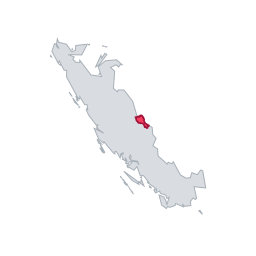 location of Tuva within Russia, rotated 234°
{"feature_id": "RUS-2605", "entity_name": "Tuva", "entity_type": "Republic", "adm_level": 1, "iso_a3": "RUS", "parent_name": "Russia", "parent_adm1": "", "projection": "robinson", "projection_center": [94.276, 51.727], "detail": "fine", "context": "in_parent", "style": "filled", "palette": "rose", "viewbox_px": 256, "rotation_deg": 234, "n_neighbors": 0, "source": "natural_earth", "source_scale": "10m", "svg_char_len": 6235}
<svg xmlns="http://www.w3.org/2000/svg" viewBox="0 0 256 256"><g transform="rotate(234 128 128)"><path d="M189.9,158.8L182.7,160.4L183.8,159.1L182.9,156.2L186.1,155.6L187.3,149.5L181.8,150.6L168.5,139.4L163.5,140.8L164.6,142.4L161.0,147.1L146.9,147.5L131.8,142.1L129.5,146.6L121.9,144.5L114.3,147.9L108.2,144.2L103.1,144.7L99.0,137.7L93.7,139.6L87.7,135.9L75.8,138.5L76.7,140.4L73.2,142.5L74.1,144.8L59.2,142.8L53.3,145.5L51.2,149.2L54.3,153.4L49.5,156.7L51.3,162.1L49.4,163.3L33.8,155.6L41.7,147.0L30.7,142.1L30.6,140.4L33.1,139.6L32.0,135.5L28.3,133.2L31.4,127.7L34.5,127.4L31.7,126.4L39.0,122.1L37.6,120.6L39.3,115.1L41.2,113.8L40.3,111.7L45.9,109.9L55.5,113.7L51.2,116.5L46.1,115.7L44.5,114.8L43.2,114.6L47.8,120.5L48.1,118.1L51.5,119.1L56.2,115.7L58.4,116.6L59.3,112.1L62.5,112.4L63.1,113.5L60.4,114.2L62.1,115.3L73.0,111.5L71.8,112.8L80.2,112.6L82.5,110.0L91.6,112.6L90.3,108.0L97.0,105.1L98.6,105.4L97.0,107.4L98.2,112.4L94.9,115.5L91.6,115.3L95.5,116.2L100.2,111.7L102.0,111.5L102.6,113.6L104.8,113.9L103.5,111.7L98.6,111.2L99.8,108.9L98.5,107.5L101.0,105.3L101.7,107.7L104.8,108.3L105.7,108.3L102.3,106.7L105.4,105.9L111.0,107.0L109.6,108.8L110.7,109.6L111.5,107.1L108.3,104.0L115.6,104.8L116.7,103.6L114.7,102.3L116.2,101.5L131.0,100.5L130.1,99.5L135.9,97.7L147.7,100.4L138.1,105.3L144.0,103.3L147.4,103.5L147.8,105.2L148.1,105.5L148.6,105.5L148.7,104.0L161.3,103.7L167.2,104.8L168.0,106.4L165.9,105.9L170.9,108.6L172.3,106.7L181.6,107.4L180.0,106.0L181.6,105.1L205.5,108.3L210.6,112.3L212.4,110.3L222.7,111.8L221.2,109.6L234.7,111.5L239.5,118.2L238.1,119.1L235.4,118.2L232.7,118.9L238.0,119.5L241.6,123.2L238.2,122.3L232.0,127.4L222.6,127.3L221.8,130.9L225.4,134.3L219.7,144.3L214.3,133.5L222.5,122.8L217.0,126.2L216.1,123.9L211.8,124.3L209.4,127.6L211.2,128.8L192.7,129.2L185.2,136.9L195.1,139.9L195.7,149.2L189.9,158.8ZM95.5,99.2L79.1,104.5L75.9,103.7L83.4,100.5L95.5,99.2ZM196.5,137.8L202.7,148.8L199.9,147.7L202.0,153.2L199.9,154.1L196.1,141.8L196.5,137.8ZM71.8,106.9L78.8,104.6L76.6,106.7L78.8,108.6L71.8,106.9ZM175.2,101.2L179.9,100.0L184.9,100.9L175.2,101.2ZM125.6,94.2L131.1,95.9L123.5,95.1L125.6,94.2ZM123.8,93.1L128.7,93.5L121.8,93.9L123.8,93.1ZM132.9,95.3L137.2,96.4L130.5,97.2L132.9,95.3ZM186.2,101.4L188.7,101.1L191.8,101.5L186.2,101.4ZM14.4,137.6L19.3,136.5L19.0,137.8L14.4,137.6ZM75.7,93.7L78.7,93.5L72.9,94.0L75.7,93.7ZM181.2,103.6L184.6,104.6L179.9,104.3L181.2,103.6ZM68.5,111.2L66.5,111.9L65.9,111.4L67.1,110.6L68.5,111.2ZM81.3,93.4L84.1,93.2L85.3,93.4L81.3,93.4ZM90.1,93.4L88.7,93.9L86.8,93.7L87.5,93.4L90.1,93.4ZM92.6,93.5L90.5,93.4L93.7,93.3L92.6,93.5ZM80.5,109.0L80.9,110.3L79.6,109.4L80.5,109.0ZM124.3,94.5L122.5,94.8L121.3,94.4L124.3,94.5ZM83.2,92.8L86.6,92.7L85.2,93.0L83.2,92.8ZM232.1,108.2L230.3,108.0L231.3,107.3L232.1,108.2ZM73.4,93.5L75.4,93.6L71.3,93.6L73.4,93.5ZM97.3,104.7L95.2,104.8L97.3,104.6L97.3,104.7ZM146.1,102.5L147.1,103.2L145.4,102.8L146.1,102.5ZM220.2,110.0L219.0,110.4L218.1,110.1L220.2,110.0ZM85.7,94.0L84.3,93.8L86.7,93.9L85.7,94.0ZM85.8,93.0L86.6,93.4L84.9,93.2L85.8,93.0ZM209.4,155.1L209.2,155.9L208.2,157.1L209.4,155.1ZM83.1,94.0L84.0,94.3L82.7,94.2L83.1,94.0ZM105.3,105.8L103.7,106.1L103.4,106.1L105.3,105.8ZM224.9,129.4L223.5,129.1L224.5,128.8L224.9,129.4ZM180.8,102.9L180.4,103.5L179.8,103.0L180.8,102.9ZM188.5,136.2L188.9,137.2L188.2,137.0L188.5,136.2ZM218.9,144.7L218.3,146.1L217.8,145.6L218.9,144.7ZM80.7,94.0L79.3,94.1L78.9,94.0L80.7,94.0ZM106.4,104.8L106.0,105.4L105.7,105.2L106.4,104.8ZM174.1,100.8L173.4,101.2L173.3,100.5L174.1,100.8ZM206.2,158.1L207.7,157.0L206.2,158.4L206.2,158.1Z" fill="#d9dde1" stroke="#a8b0b8" stroke-width="1"/><path d="M131.8,142.1L131.7,142.1L131.7,142.3L131.6,142.5L131.4,142.7L131.1,142.8L130.9,142.9L130.9,143.0L130.8,143.3L130.6,143.3L130.4,143.5L130.4,143.8L130.3,144.1L130.2,144.2L130.2,144.3L130.4,144.4L130.4,144.5L130.5,144.5L130.4,144.6L130.5,145.0L130.9,145.1L131.0,145.2L131.0,145.3L130.9,145.4L130.9,145.5L130.7,146.0L130.4,146.2L130.3,146.3L130.2,146.2L129.9,146.3L129.8,146.5L129.6,146.6L129.3,146.7L129.2,146.6L129.0,146.4L128.9,146.4L128.5,146.3L128.4,146.4L128.2,146.3L127.8,146.2L127.5,146.1L127.4,146.2L127.4,146.3L127.3,146.2L127.2,146.1L126.8,146.3L126.7,146.4L126.5,146.2L126.0,146.3L126.0,146.2L125.9,146.1L125.5,146.1L125.4,146.1L125.2,145.9L124.9,145.7L124.9,145.4L124.8,145.2L123.7,145.0L123.0,145.0L122.9,145.0L122.8,144.8L122.8,144.7L122.7,144.6L122.5,144.8L122.4,144.8L122.2,144.7L121.9,144.5L121.7,144.8L121.2,144.8L120.8,144.9L120.7,145.0L120.5,145.3L120.4,145.3L120.2,145.3L119.8,145.3L119.6,145.5L119.4,145.6L119.3,145.8L119.2,145.8L119.1,145.7L118.9,145.8L118.6,145.9L118.4,146.0L118.2,146.2L118.1,146.3L117.8,146.3L117.7,146.3L117.7,146.2L117.6,145.9L117.5,145.7L117.4,145.7L117.4,145.8L117.3,145.7L117.5,145.5L117.6,145.4L117.6,145.2L117.6,145.3L118.1,145.3L118.1,145.2L117.8,145.0L117.7,144.9L117.5,144.6L117.4,144.6L117.3,144.4L117.1,144.3L117.1,144.2L116.9,144.1L116.9,143.9L116.7,143.8L116.8,143.7L116.7,143.6L116.8,143.5L116.8,143.4L116.6,143.3L116.6,143.2L116.4,143.2L116.9,143.1L117.0,143.0L117.3,143.2L117.5,143.1L117.9,143.1L118.0,143.0L118.3,142.8L118.5,142.8L118.5,142.6L118.4,142.5L118.4,142.4L118.6,142.2L118.8,142.0L119.0,142.0L119.5,142.2L119.5,142.3L119.6,142.5L120.0,142.4L120.2,142.5L120.3,142.5L120.7,142.5L120.8,142.6L121.0,142.6L121.3,142.7L121.5,142.7L122.0,142.7L122.3,142.7L122.6,142.6L122.8,142.5L123.0,142.4L123.4,142.1L123.6,142.0L123.9,141.9L124.1,141.6L124.1,141.4L124.4,141.2L124.5,141.1L124.6,140.9L124.6,140.7L124.9,140.6L125.0,140.6L125.3,140.4L125.3,140.2L125.5,140.0L125.4,139.9L125.5,139.7L125.8,139.7L126.0,139.7L126.3,139.5L126.5,139.7L126.8,139.6L127.0,139.4L127.1,139.5L127.3,139.5L127.5,139.6L127.7,139.4L127.8,139.2L127.8,139.3L128.0,139.4L128.4,139.4L128.4,139.2L128.5,139.1L128.8,139.1L129.0,139.2L129.2,139.3L129.4,139.3L129.5,139.4L129.5,139.5L129.8,139.6L130.0,139.7L130.3,139.7L130.3,139.8L130.6,140.0L130.8,140.0L131.0,140.2L131.3,140.2L131.7,140.2L131.8,140.1L132.0,140.2L131.9,140.3L132.3,140.5L132.2,140.6L131.9,140.6L131.7,140.7L131.7,140.8L131.8,140.8L131.8,141.0L131.7,141.1L131.6,141.3L131.5,141.5L131.4,141.5L131.4,141.8L131.5,141.8L131.6,142.0L131.8,141.9L131.8,142.0L131.8,142.1Z" fill="#f43f5e" stroke="#9f1239" stroke-width="1.5"/></g></svg>